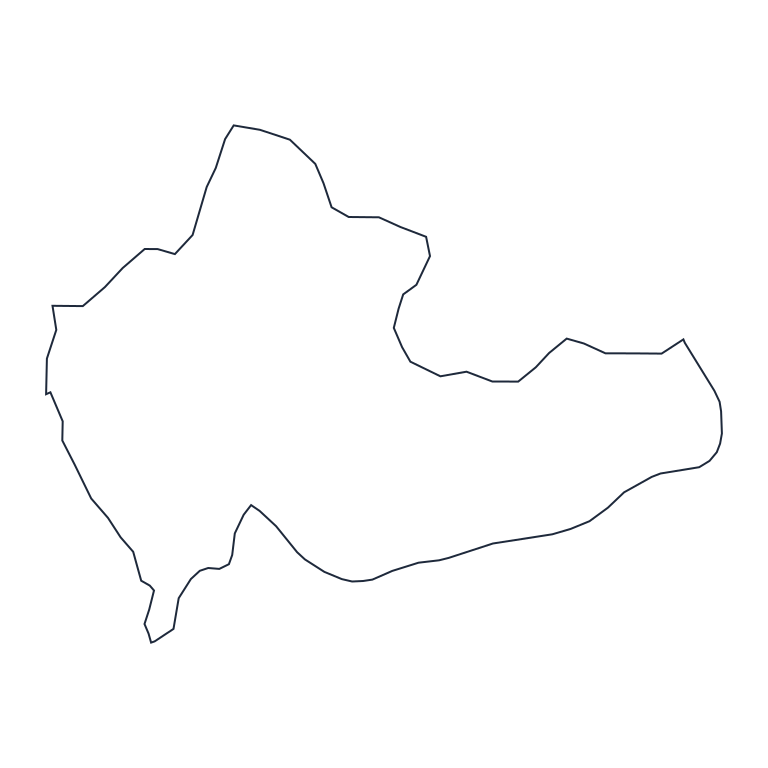 Kujang, P'yŏngan-bukto, North Korea (Albers equal-area conic projection)
{"feature_id": "82179303B72462969749210", "entity_name": "Kujang", "entity_type": "district", "adm_level": 2, "iso_a3": "PRK", "parent_name": "North Korea", "parent_adm1": "P'yŏngan-bukto", "projection": "albers", "projection_center": [126.087, 39.934], "detail": "fine", "context": "isolated", "style": "outline", "palette": "slate", "viewbox_px": 768, "rotation_deg": 0, "n_neighbors": 0, "source": "geoboundaries", "source_scale": "gbopen_adm2", "svg_char_len": 1353}
<svg xmlns="http://www.w3.org/2000/svg" viewBox="0 0 768 768"><path d="M233.7,125.4L225.1,139.1L215.8,167.9L206.7,187.0L192.6,235.0L174.9,254.1L157.7,249.1L144.7,249.0L122.7,268.0L104.9,287.1L82.8,306.1L52.5,305.8L56.3,329.9L46.9,358.6L46.1,394.2L50.4,392.3L62.7,421.3L62.3,440.5L74.7,464.7L91.2,498.5L108.0,517.9L120.6,537.3L133.2,551.8L137.2,566.3L141.2,580.7L149.8,585.6L154.0,590.5L149.2,609.6L144.5,624.0L148.6,633.7L151.1,642.6L154.6,641.4L173.5,628.9L178.7,598.2L190.9,579.0L199.8,570.8L208.2,568.0L219.3,568.9L228.9,564.2L232.2,555.0L234.8,533.4L243.7,514.7L251.1,505.1L259.6,510.9L276.1,526.2L297.1,552.2L304.9,559.4L324.4,571.9L341.8,579.1L352.1,581.5L363.1,581.0L372.4,579.6L392.3,570.9L412.8,564.5L418.5,562.7L439.1,560.3L448.7,557.9L492.9,543.5L552.3,534.3L570.7,528.9L589.5,521.2L607.9,507.7L624.1,492.3L651.7,476.9L660.5,473.5L699.2,467.2L709.5,460.9L716.8,452.2L720.1,443.6L721.9,433.5L721.1,411.4L719.6,401.8L714.4,390.8L684.8,342.8L683.4,339.4L661.6,353.6L635.7,353.4L605.4,353.3L583.9,343.5L566.7,338.6L549.1,353.0L535.8,367.3L518.2,381.6L492.3,381.5L466.5,371.7L440.4,376.3L410.4,361.7L402.1,347.2L393.8,327.9L398.6,308.7L403.2,294.4L416.4,284.8L430.0,256.1L426.1,236.8L400.4,227.0L378.9,217.3L348.7,217.0L331.6,207.3L323.5,183.2L315.3,163.9L289.9,139.7L259.9,129.8L233.7,125.4Z" fill="none" stroke="#1e293b" stroke-width="2"/></svg>